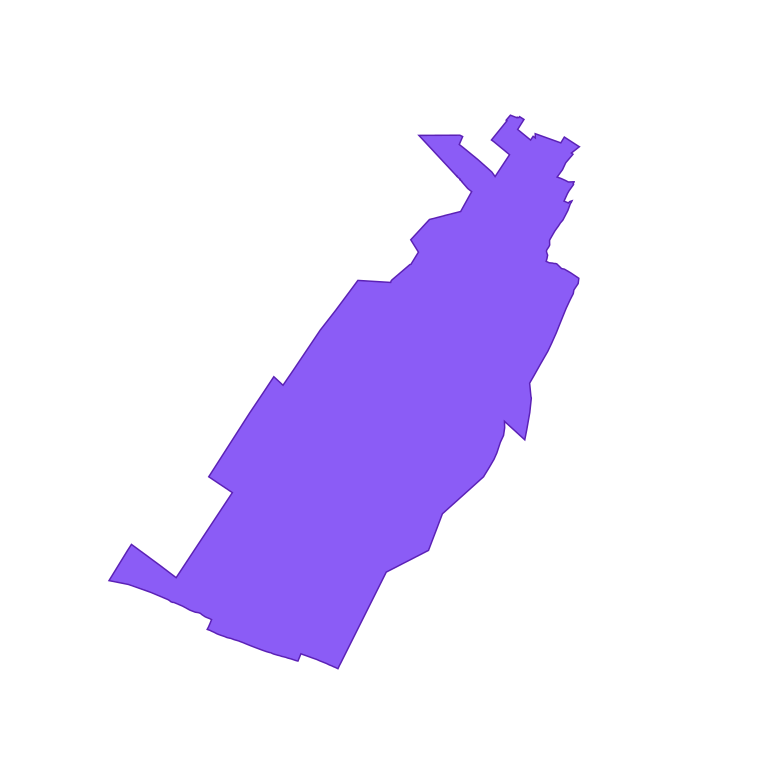 Ixil, Yucatán, Mexico, rotated 208°
{"feature_id": "50627088B50740950401551", "entity_name": "Ixil", "entity_type": "district", "adm_level": 2, "iso_a3": "MEX", "parent_name": "Mexico", "parent_adm1": "Yucatán", "projection": "robinson", "projection_center": [-89.477, 21.229], "detail": "fine", "context": "isolated", "style": "filled", "palette": "violet", "viewbox_px": 768, "rotation_deg": 208, "n_neighbors": 0, "source": "geoboundaries", "source_scale": "gbopen_adm2", "svg_char_len": 3051}
<svg xmlns="http://www.w3.org/2000/svg" viewBox="0 0 768 768"><g transform="rotate(208 384 384)"><path d="M455.7,463.2L457.2,453.1L461.3,426.2L465.6,401.7L469.4,364.9L470.6,353.3L472.6,335.5L484.7,338.7L486.4,320.8L489.0,295.6L495.2,219.8L466.9,216.9L474.3,139.6L476.6,115.4L498.9,119.0L499.0,119.0L531.7,123.8L531.8,122.5L532.3,116.6L534.5,81.3L515.6,87.0L492.3,90.5L473.6,92.2L471.7,92.1L470.1,91.7L468.3,91.9L466.9,92.5L457.7,93.3L455.8,93.3L449.3,93.2L443.6,93.9L440.4,95.0L438.4,95.3L436.7,94.9L432.7,94.5L431.1,94.6L427.7,95.0L425.6,95.0L425.5,93.6L425.2,91.1L425.1,89.5L424.9,87.1L424.9,84.3L421.8,84.8L420.3,84.8L417.6,85.0L414.4,85.0L412.5,85.2L411.1,85.4L409.7,85.6L406.1,86.2L403.6,86.4L399.6,87.5L396.4,87.9L393.6,88.5L391.7,88.9L389.8,89.1L386.9,89.5L384.5,89.7L379.7,90.2L375.5,90.7L370.8,91.3L366.9,91.8L364.9,92.1L362.2,92.5L358.9,93.2L357.6,93.6L356.3,93.6L354.5,93.8L352.6,94.2L350.7,94.6L348.4,95.2L346.4,95.5L344.6,96.0L342.2,96.6L340.5,96.8L336.7,97.7L331.7,98.5L329.9,99.0L330.7,106.8L328.2,107.1L325.7,107.5L321.4,108.1L317.9,108.6L314.1,109.2L311.0,109.4L306.3,109.9L303.7,110.2L300.3,110.3L298.0,110.6L295.5,110.7L294.0,110.9L291.0,111.0L291.2,114.6L291.2,116.8L293.7,219.0L266.6,258.0L269.5,281.2L271.5,296.8L268.6,304.8L264.1,317.1L256.0,339.3L254.1,344.6L252.5,348.9L252.5,350.2L252.1,356.3L251.8,362.0L251.6,367.3L251.5,368.9L252.0,376.1L253.9,387.1L254.3,394.7L256.9,402.0L260.1,407.6L233.5,400.8L236.5,410.7L241.9,427.3L247.3,440.7L248.5,442.1L255.8,453.1L255.5,462.1L255.2,475.1L254.7,489.8L255.1,498.5L255.9,510.1L256.9,519.0L258.7,536.4L259.2,546.2L259.3,552.6L260.5,556.2L259.7,563.8L261.6,568.8L271.2,569.8L278.6,570.1L281.4,569.3L287.9,571.2L289.4,570.8L290.5,570.2L291.9,569.9L295.0,568.6L298.4,568.4L298.6,569.4L298.8,570.2L299.0,571.3L299.7,573.5L300.0,574.6L301.6,576.0L302.7,577.2L303.1,577.9L303.2,579.3L302.9,581.8L302.9,583.4L302.9,584.2L303.2,585.0L303.9,586.1L305.0,588.1L305.3,588.7L305.3,590.3L305.0,598.9L304.8,600.7L304.1,605.9L303.9,608.8L303.0,612.8L303.1,623.5L304.2,631.1L303.9,631.9L304.0,634.0L305.7,632.2L306.2,630.4L310.9,630.0L311.4,638.2L311.3,641.4L310.3,649.1L311.0,649.6L311.0,651.0L311.0,651.5L311.1,651.8L315.9,649.0L316.1,648.9L319.3,648.9L324.1,648.6L328.3,648.0L327.0,657.0L327.4,664.7L325.0,675.6L327.0,675.9L322.9,685.2L323.2,685.2L340.7,686.7L341.1,679.9L359.1,677.3L368.0,676.0L365.9,672.3L368.6,672.7L369.1,668.2L372.0,668.8L385.5,671.5L384.6,683.3L389.8,683.7L390.0,682.5L391.1,682.1L391.6,682.1L391.6,681.5L398.6,680.7L400.0,674.3L399.0,674.1L403.7,649.9L400.8,649.5L380.8,645.4L383.3,619.3L388.3,621.8L406.8,626.3L408.4,626.6L424.9,629.9L427.7,630.4L430.0,630.8L430.7,639.4L433.8,639.3L469.9,619.9L418.2,602.0L417.9,602.1L417.5,602.1L417.5,601.9L417.4,601.6L415.8,601.2L412.8,600.6L412.9,600.0L410.4,599.5L410.4,599.2L401.8,595.9L396.9,595.0L397.3,572.3L409.8,561.0L409.9,560.8L421.1,550.6L428.0,524.3L428.0,524.2L428.1,523.9L415.5,516.6L416.4,502.3L417.2,501.6L425.9,479.5L426.1,478.1L425.8,476.8L455.7,463.2Z" fill="#8b5cf6" stroke="#5b21b6" stroke-width="1.5"/></g></svg>